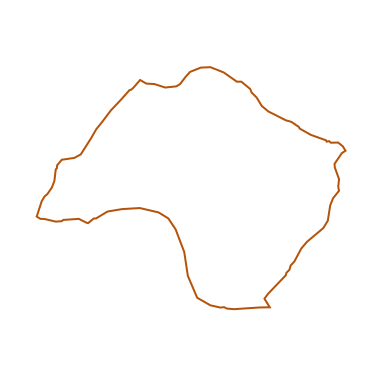 outline of San Andrés Itzapa, Chimaltenango, Guatemala, rotated 84°
{"feature_id": "79465075B72665543071269", "entity_name": "San Andrés Itzapa", "entity_type": "district", "adm_level": 2, "iso_a3": "GTM", "parent_name": "Guatemala", "parent_adm1": "Chimaltenango", "projection": "orthographic", "projection_center": [-90.866, 14.602], "detail": "fine", "context": "isolated", "style": "outline", "palette": "amber", "viewbox_px": 384, "rotation_deg": 84, "n_neighbors": 0, "source": "geoboundaries", "source_scale": "gbopen_adm2", "svg_char_len": 1273}
<svg xmlns="http://www.w3.org/2000/svg" viewBox="0 0 384 384"><g transform="rotate(84 192 192)"><path d="M200.2,349.0L202.9,345.5L203.3,341.9L207.2,330.6L207.4,324.6L206.3,322.9L206.9,307.3L211.5,300.2L212.1,298.6L208.1,292.5L208.3,290.3L202.6,278.1L201.7,263.4L202.5,245.6L208.8,227.4L215.8,218.3L227.4,212.2L250.8,206.0L275.0,204.9L297.7,197.9L306.6,185.6L309.9,175.9L309.9,172.1L311.5,169.7L312.9,162.8L313.9,136.9L314.8,126.7L305.7,131.1L301.1,126.9L284.6,107.4L282.3,106.6L279.5,103.2L275.3,101.5L272.0,97.6L259.6,89.2L253.5,82.8L241.6,65.2L234.7,59.9L219.9,56.0L213.0,52.4L206.2,45.7L201.8,46.0L194.7,44.4L182.6,47.4L178.9,47.3L169.0,38.9L167.0,35.0L162.4,37.2L158.1,41.5L157.5,48.7L155.7,50.5L156.0,52.8L154.6,53.3L147.7,67.7L140.2,78.3L138.5,78.9L132.6,85.9L130.5,91.2L120.0,107.5L113.8,113.6L104.9,117.8L99.3,122.3L95.6,123.4L87.4,131.4L87.0,135.8L76.4,148.0L69.8,160.6L69.2,170.2L72.3,181.3L76.6,186.1L83.4,192.6L85.3,196.6L85.3,207.7L80.7,218.2L79.4,226.1L75.2,231.9L82.0,239.2L83.8,241.6L84.2,243.6L92.0,252.1L102.4,264.2L112.8,273.9L119.6,280.7L127.8,286.6L143.0,298.7L145.8,305.5L146.3,318.1L151.3,323.3L154.4,324.0L155.2,325.1L166.6,327.7L172.9,330.9L179.0,336.1L181.0,339.1L185.4,342.4L200.2,349.0Z" fill="none" stroke="#b45309" stroke-width="2"/></g></svg>